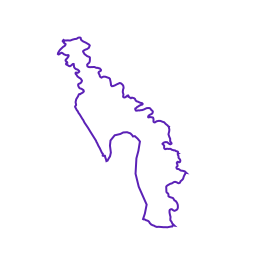 the district of Riche Fond, Dennery, Saint Lucia, rotated 242°
{"feature_id": "8701671B84932876584417", "entity_name": "Riche Fond", "entity_type": "district", "adm_level": 2, "iso_a3": "LCA", "parent_name": "Saint Lucia", "parent_adm1": "Dennery", "projection": "mercator", "projection_center": [-60.921, 13.935], "detail": "fine", "context": "isolated", "style": "outline", "palette": "violet", "viewbox_px": 256, "rotation_deg": 242, "n_neighbors": 0, "source": "geoboundaries", "source_scale": "gbopen_adm2", "svg_char_len": 5948}
<svg xmlns="http://www.w3.org/2000/svg" viewBox="0 0 256 256"><g transform="rotate(242 128 128)"><path d="M182.6,106.2L182.0,106.4L181.1,106.2L180.9,106.0L180.8,105.5L180.5,104.6L180.5,102.5L180.3,101.7L180.8,101.0L180.8,100.6L180.6,100.2L179.4,98.7L177.9,96.1L177.5,95.6L175.6,94.0L175.0,93.7L173.2,93.2L172.6,92.9L172.2,92.0L171.6,91.2L167.5,91.2L166.5,91.5L164.3,91.4L162.8,91.7L157.3,92.0L156.2,92.2L153.3,92.1L146.7,92.8L142.8,93.0L131.7,93.8L130.7,93.6L129.3,93.7L126.4,93.5L123.3,93.6L118.3,93.3L117.1,93.7L116.6,93.5L115.8,92.8L115.4,92.7L114.5,93.8L114.5,94.5L114.3,94.6L112.7,94.1L110.9,93.9L108.9,93.4L108.8,94.6L110.2,96.7L111.4,98.8L114.3,101.3L120.9,103.8L125.2,106.7L127.8,112.8L126.3,118.5L126.3,121.7L124.7,125.2L122.1,127.6L119.7,128.3L118.2,128.4L117.6,130.2L114.1,131.5L110.5,132.2L102.9,126.4L97.3,121.2L84.1,113.2L71.1,109.9L51.6,108.5L44.5,102.7L40.5,98.5L40.0,98.8L39.6,99.7L39.3,99.9L38.0,100.7L37.5,101.3L36.4,102.2L35.3,102.6L33.6,102.6L33.1,102.9L32.0,103.1L30.6,104.1L29.6,105.1L28.4,105.8L27.1,107.0L26.5,108.5L25.3,110.4L23.7,112.8L22.7,114.8L21.9,116.0L20.8,119.7L20.3,120.6L20.5,121.1L21.1,121.8L20.0,123.2L22.8,122.3L25.0,122.4L26.5,122.1L27.7,122.6L29.5,123.8L31.3,124.2L33.7,124.9L35.3,125.7L35.7,126.0L36.1,126.5L36.1,127.9L35.8,128.5L35.3,128.8L34.5,129.1L33.5,129.7L33.0,130.3L32.9,131.4L33.0,133.0L33.3,133.6L34.1,134.5L34.9,135.0L36.6,135.8L38.3,136.1L39.4,136.1L41.2,135.8L42.3,135.0L44.8,134.9L45.5,134.4L47.5,132.4L48.1,132.0L48.7,131.7L50.4,132.5L50.9,132.6L51.3,132.6L52.4,132.1L53.0,131.9L53.7,132.0L58.1,134.1L58.5,134.6L58.8,135.8L58.9,139.3L58.5,140.5L58.7,143.0L58.5,143.9L58.2,144.5L57.2,145.5L55.9,146.3L55.6,146.6L55.4,147.0L55.3,147.8L55.4,148.3L56.1,149.1L56.3,149.4L56.8,151.6L57.3,152.8L59.0,154.5L60.0,155.8L60.3,156.5L61.2,157.4L61.5,157.9L61.1,158.4L63.2,157.7L63.8,156.9L64.3,156.5L65.6,154.7L66.0,154.4L67.4,153.8L68.1,153.3L68.8,152.2L69.4,152.0L70.4,152.2L70.9,152.8L71.1,153.6L71.2,153.9L71.7,154.2L72.9,154.5L73.6,154.5L74.3,154.7L74.8,155.5L74.8,156.2L74.4,156.5L73.9,156.7L73.7,157.0L73.6,157.9L73.8,158.2L74.1,158.5L74.9,159.0L75.6,159.1L76.5,159.0L77.6,158.7L78.1,158.7L79.3,159.3L80.1,159.5L80.8,159.4L81.9,159.8L82.0,159.9L81.9,160.5L82.2,160.3L82.7,160.4L83.3,160.9L83.6,160.9L84.0,160.7L85.1,159.5L86.1,159.0L86.4,158.7L86.8,157.9L87.4,157.4L88.2,156.5L89.6,155.8L90.1,154.9L90.4,154.1L91.4,152.7L91.6,151.6L91.9,150.9L92.7,150.5L93.3,150.5L95.4,151.6L96.7,151.4L97.3,151.0L97.5,151.0L97.8,151.0L98.3,152.4L98.2,153.6L97.9,154.6L97.2,155.8L94.4,157.1L93.9,157.5L93.7,157.8L93.7,158.7L93.8,159.1L94.2,159.3L95.3,159.2L95.8,159.0L96.4,159.0L98.8,160.2L100.7,160.3L103.5,160.8L105.6,162.7L106.6,163.4L107.3,163.8L109.7,164.5L109.9,164.8L110.4,164.4L111.8,164.1L113.8,163.2L116.1,162.6L117.3,161.4L119.0,160.0L119.9,158.4L120.5,156.4L120.3,154.5L120.5,154.0L120.7,153.8L121.2,153.5L121.7,153.5L123.9,154.7L125.3,155.0L125.7,154.8L126.9,153.2L127.4,152.5L127.6,151.3L128.0,150.9L128.4,151.0L129.0,151.7L129.2,152.0L129.4,153.3L129.3,155.7L129.8,156.8L130.5,157.4L130.8,157.6L131.8,157.6L132.8,157.1L134.7,156.8L135.3,156.5L135.8,155.9L136.7,154.0L136.8,153.4L136.9,150.6L137.2,148.8L137.8,147.5L138.1,146.4L138.8,145.2L139.0,144.4L139.5,143.3L139.8,143.1L141.2,143.2L141.8,143.6L141.8,144.7L142.3,146.1L142.2,147.2L142.4,148.4L142.3,148.7L142.4,149.5L142.2,150.8L142.0,151.4L142.1,151.8L142.2,152.1L142.5,152.3L143.3,152.1L144.8,150.4L146.5,149.2L147.5,148.2L148.6,147.7L150.5,147.8L151.5,147.3L152.9,145.8L153.0,145.6L152.9,144.6L153.4,144.4L153.8,144.0L154.7,143.6L155.2,143.2L156.3,143.5L156.7,143.4L156.9,142.4L156.5,141.9L156.6,141.0L156.5,140.9L156.4,140.0L156.7,139.0L157.1,138.6L157.5,138.4L157.9,138.4L158.3,138.6L159.7,139.7L162.0,140.2L162.6,140.5L164.4,141.8L165.3,142.8L166.1,143.2L167.5,143.6L168.1,143.6L169.1,143.4L170.8,142.7L171.6,141.8L171.8,138.6L171.8,136.1L172.1,134.2L172.5,133.4L172.8,133.3L173.6,133.1L176.6,134.2L179.5,135.0L179.8,135.1L180.9,134.8L183.9,132.1L184.8,130.6L185.0,129.3L184.9,128.3L185.1,128.1L186.3,127.5L187.2,127.5L187.9,127.8L190.2,127.8L190.9,128.1L191.2,128.7L191.3,130.8L191.5,131.1L191.9,131.4L192.4,131.4L193.9,131.0L194.8,129.9L195.3,129.6L195.8,128.6L196.2,128.1L197.0,127.5L197.7,126.9L198.8,124.6L199.8,122.6L200.3,121.9L201.3,121.2L201.9,121.2L203.1,121.7L203.5,122.6L203.8,124.2L204.3,125.0L204.8,125.5L205.8,126.2L208.0,127.4L208.5,127.4L208.9,127.2L210.6,125.7L213.7,124.3L216.0,124.2L216.5,124.2L216.9,124.4L217.0,124.6L217.2,125.6L217.2,127.3L216.9,128.9L217.2,131.1L218.5,132.6L218.9,133.0L219.9,132.8L223.2,130.8L225.5,129.0L226.1,128.8L227.3,128.1L228.4,128.1L229.8,128.5L230.3,128.2L230.7,127.6L231.0,126.8L231.1,126.2L230.9,124.7L231.0,124.1L231.3,123.4L231.6,122.6L232.1,120.3L232.3,118.3L232.6,117.6L233.5,116.2L234.8,113.5L235.3,112.7L236.0,112.5L235.9,111.9L235.4,111.1L234.8,111.1L234.5,111.4L234.4,111.9L234.1,111.9L233.6,111.5L233.3,111.5L232.8,111.5L232.0,112.1L231.5,112.3L230.9,112.0L230.2,110.6L230.1,108.8L229.1,105.2L228.6,104.0L227.3,101.8L226.9,101.3L226.2,100.8L225.6,101.1L225.4,101.7L225.7,103.7L225.6,104.7L225.3,105.0L224.7,105.4L223.2,106.0L222.1,106.9L221.5,107.4L220.9,108.2L220.6,109.2L220.3,109.6L219.9,109.6L219.2,109.1L218.9,108.7L218.4,107.5L218.1,107.1L217.6,105.3L217.2,104.7L216.6,104.5L216.0,104.7L215.7,104.6L215.1,105.1L214.0,105.0L213.9,104.0L213.9,103.6L213.6,103.3L213.2,103.3L212.9,103.4L211.6,104.4L210.8,104.7L210.1,105.3L209.8,105.8L209.9,107.4L210.4,109.2L210.2,109.9L210.0,110.1L207.1,109.0L205.8,109.1L204.6,109.6L203.1,111.0L201.4,111.6L200.9,111.6L200.6,111.3L200.4,110.6L200.3,110.0L200.4,109.3L200.9,108.9L201.4,108.0L201.4,107.8L201.1,107.5L200.8,107.3L200.2,107.2L199.0,107.5L197.2,107.6L195.7,108.3L193.7,109.4L191.5,109.6L190.8,109.0L190.3,108.2L189.9,107.1L190.1,105.0L189.9,104.6L189.5,104.2L188.7,103.9L187.8,103.8L186.5,103.8L186.0,104.0L185.5,104.2L184.7,105.1L184.3,105.4L182.7,106.3L182.6,106.2Z" fill="none" stroke="#5b21b6" stroke-width="2"/></g></svg>